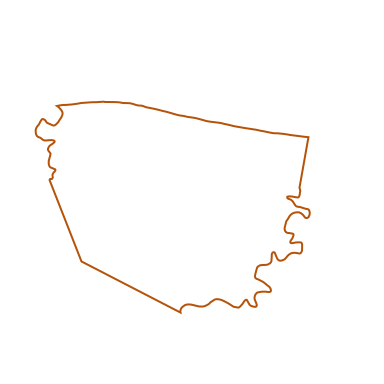 Santa Rosa de Aguan, Colón, Honduras (Mercator projection), rotated 338°
{"feature_id": "27666195B37116409669852", "entity_name": "Santa Rosa de Aguan", "entity_type": "district", "adm_level": 2, "iso_a3": "HND", "parent_name": "Honduras", "parent_adm1": "Colón", "projection": "mercator", "projection_center": [-85.679, 15.902], "detail": "fine", "context": "isolated", "style": "outline", "palette": "amber", "viewbox_px": 384, "rotation_deg": 338, "n_neighbors": 0, "source": "geoboundaries", "source_scale": "gbopen_adm2", "svg_char_len": 5932}
<svg xmlns="http://www.w3.org/2000/svg" viewBox="0 0 384 384"><g transform="rotate(338 192 192)"><path d="M136.2,299.5L136.4,298.5L136.9,297.5L137.6,296.6L138.5,295.8L139.6,295.2L141.1,294.7L142.8,294.3L143.9,294.3L144.9,294.4L146.1,294.7L147.0,295.1L148.9,296.0L149.4,296.3L155.0,300.3L155.7,300.8L156.7,301.3L157.7,301.7L158.8,302.1L159.7,302.4L160.6,302.5L161.6,302.6L162.5,302.5L163.8,302.4L164.9,302.3L166.0,302.0L166.7,301.7L167.6,301.3L168.0,301.1L170.1,300.8L172.1,300.3L172.7,300.3L173.4,300.3L174.0,300.4L174.7,300.6L175.4,300.9L176.4,301.4L178.0,302.4L178.6,302.9L180.7,305.0L182.3,306.9L183.7,308.5L187.6,314.0L190.1,315.6L191.6,316.5L191.9,316.6L192.3,316.6L193.4,316.3L194.4,315.9L196.9,314.7L199.6,312.8L200.6,312.4L201.3,312.2L201.7,312.2L202.0,312.3L202.3,312.6L202.5,313.2L202.9,316.5L203.1,317.8L203.3,318.4L203.6,319.0L204.0,319.5L204.5,320.1L205.2,320.6L206.0,321.3L207.5,322.1L208.0,322.3L208.4,322.3L208.9,322.1L209.2,321.8L209.6,321.3L209.8,320.7L209.9,319.3L209.9,315.5L210.0,314.5L210.4,313.3L211.0,312.4L211.8,311.4L212.6,310.7L213.5,310.2L214.5,309.8L215.1,309.7L216.7,310.0L219.0,310.5L221.0,311.2L222.5,311.8L223.0,312.0L225.3,313.4L226.3,313.7L227.1,313.8L227.6,313.7L228.0,313.4L228.3,312.9L228.4,312.5L228.5,312.0L228.6,310.8L228.4,309.6L228.3,309.2L228.1,308.8L226.9,306.8L225.2,303.6L224.0,301.7L223.2,300.8L220.5,297.7L219.2,296.5L218.8,295.9L218.6,295.2L218.6,294.8L218.7,294.3L218.9,293.6L219.2,293.0L220.8,290.7L223.0,287.8L224.1,286.5L224.6,286.1L225.3,285.9L226.0,285.7L227.0,285.5L227.9,285.5L228.3,285.6L229.4,285.9L232.8,287.1L234.5,287.6L235.3,287.6L236.6,287.5L237.3,287.3L238.2,287.1L238.7,286.8L239.1,286.5L239.5,286.1L239.9,285.5L241.8,281.6L242.5,279.9L243.0,279.2L243.3,278.9L244.0,278.5L244.5,278.4L245.0,278.3L245.3,278.5L245.6,278.7L245.9,279.1L246.0,279.6L246.0,280.1L246.0,282.4L246.0,284.7L246.1,285.7L246.3,286.6L246.6,287.3L246.9,287.9L247.4,288.3L248.0,288.7L248.9,289.0L249.9,289.2L251.5,289.2L252.3,289.1L253.1,288.9L254.0,288.5L254.8,288.1L256.0,287.4L258.0,286.5L259.8,286.1L260.9,286.0L261.6,286.0L262.4,286.2L263.5,286.5L264.4,286.8L266.1,287.7L267.9,288.9L268.8,289.4L269.2,289.4L269.6,289.4L270.0,289.3L270.5,289.0L271.1,288.5L271.6,288.1L272.1,287.5L272.4,286.9L273.5,284.3L274.5,281.8L274.6,281.2L274.6,280.5L274.4,280.0L274.0,279.6L273.5,279.3L272.5,278.8L269.5,277.7L267.2,277.3L265.5,276.9L264.9,276.6L264.5,276.3L264.4,276.1L264.3,275.8L264.3,275.4L264.5,275.0L264.8,274.6L265.6,273.9L266.3,273.4L267.4,272.8L268.2,272.0L269.3,270.9L269.9,270.2L270.1,269.7L270.2,269.1L270.1,268.7L269.8,268.4L267.0,266.6L265.4,265.8L265.0,265.5L264.5,264.9L264.1,264.4L264.0,263.9L263.8,263.4L263.7,262.8L263.8,262.3L263.8,261.7L264.2,260.5L264.6,259.8L266.1,257.7L268.3,254.7L268.7,254.3L269.0,254.1L270.3,253.3L272.8,251.4L274.1,250.5L274.6,250.3L275.5,250.0L276.4,249.7L277.3,249.6L278.1,249.5L278.9,249.5L280.0,249.7L281.0,250.0L281.9,250.2L282.8,250.6L283.6,251.0L284.1,251.4L284.6,252.0L285.0,252.4L286.0,254.1L286.4,255.0L286.8,256.4L287.2,257.7L287.4,258.3L287.6,258.5L288.2,258.9L288.8,259.1L289.2,259.2L289.7,259.2L290.2,259.0L290.9,258.7L291.4,258.2L292.0,257.7L292.5,257.0L293.0,256.3L293.2,255.9L293.6,254.6L293.7,253.8L293.7,253.1L293.6,252.2L293.5,251.9L293.3,251.6L292.9,251.3L291.3,250.3L286.4,246.3L284.5,245.3L283.9,244.8L283.3,244.2L283.1,243.8L282.8,243.0L282.4,241.4L282.0,239.0L281.9,238.5L281.6,237.8L281.1,236.7L280.5,235.9L279.9,235.3L279.0,234.6L278.5,234.0L278.3,233.6L278.2,233.3L278.2,233.0L278.2,232.7L278.5,232.3L278.7,232.1L278.9,232.1L279.6,232.2L280.6,232.5L283.3,233.8L286.2,235.7L287.3,236.3L288.1,236.7L288.6,236.8L289.0,236.7L289.5,236.4L290.1,235.8L291.2,234.3L292.0,232.7L292.6,231.9L292.8,231.6L293.1,229.9L293.2,228.4L320.5,184.8L315.8,182.3L305.1,176.3L301.5,174.1L298.6,172.4L294.1,170.0L292.3,169.2L290.3,168.4L288.9,167.6L285.3,165.3L281.3,162.6L278.1,160.6L274.6,158.2L264.8,152.4L261.9,150.6L256.4,147.2L254.7,146.0L249.5,142.3L246.9,140.6L245.4,139.4L244.3,138.7L242.4,137.6L235.0,133.5L232.7,132.1L231.8,131.5L229.3,129.5L222.9,124.7L215.4,120.3L213.0,118.5L210.3,117.0L207.6,115.3L204.8,113.1L198.3,108.0L195.1,105.8L191.5,103.1L188.1,100.7L184.0,98.0L181.2,96.2L180.8,95.9L179.4,94.5L178.0,93.3L177.3,92.9L175.5,92.1L173.6,91.0L172.9,90.5L171.4,89.2L169.7,87.8L168.5,87.0L167.6,86.4L164.8,85.1L162.4,84.1L161.0,83.4L158.1,81.6L156.3,80.7L152.2,78.9L145.6,76.2L144.9,75.9L144.2,75.3L143.7,75.1L137.0,72.9L134.2,71.8L131.7,70.9L123.0,68.1L121.3,67.7L118.8,67.2L113.3,65.8L107.3,63.9L105.9,63.3L105.1,63.0L101.4,62.1L99.1,61.7L99.8,62.8L100.1,63.4L100.7,64.8L101.4,66.8L101.6,67.9L101.7,68.9L101.7,69.7L101.5,70.5L101.2,71.1L100.8,71.8L100.2,72.5L99.5,73.2L98.3,74.2L96.6,75.3L94.0,77.2L93.1,77.6L91.5,78.3L90.5,78.6L89.8,78.7L89.2,78.7L88.8,78.6L88.4,78.4L87.8,78.0L87.3,77.5L83.7,73.7L83.5,73.4L83.2,72.7L82.9,71.1L82.6,70.1L82.0,69.4L81.4,68.8L80.9,68.4L80.5,68.3L80.0,68.5L79.0,69.0L77.4,70.2L76.3,71.2L75.6,71.9L73.1,73.2L72.5,73.6L71.6,74.4L70.8,75.2L70.2,76.1L69.9,77.0L69.3,78.7L69.1,79.8L69.1,80.9L69.2,81.6L69.4,82.4L69.7,82.9L70.1,83.5L71.3,84.5L71.9,85.2L72.4,86.1L73.0,87.3L73.8,88.3L74.6,89.0L75.3,89.3L76.8,89.8L79.8,90.7L81.3,91.3L82.3,91.8L82.9,92.3L83.5,93.0L83.6,93.3L83.6,93.6L83.5,93.8L83.3,94.1L83.0,94.3L82.5,94.5L81.1,95.0L78.4,95.5L77.6,95.8L76.8,96.1L76.3,96.5L75.3,97.3L74.8,97.8L74.5,98.2L74.4,98.5L74.3,98.9L74.3,99.7L74.5,100.5L75.0,102.3L75.2,103.3L75.1,103.6L74.9,104.1L74.3,104.9L72.0,107.9L71.1,109.1L70.7,109.8L70.2,111.0L69.7,112.2L69.6,112.9L69.5,114.1L69.5,114.6L69.6,115.2L69.7,115.7L70.0,116.2L70.4,116.6L71.4,117.5L72.7,118.9L73.6,119.7L73.7,120.0L73.6,120.3L73.4,120.8L72.8,121.3L72.2,121.7L71.2,122.0L69.7,123.1L69.3,123.5L69.1,123.8L68.9,124.2L68.7,125.1L68.5,126.1L68.1,126.6L67.5,127.1L67.2,127.3L66.9,127.4L66.6,127.3L65.9,127.0L65.4,126.9L65.2,126.9L65.0,127.0L64.7,127.2L64.5,127.4L64.4,127.7L63.5,215.0L136.2,299.5Z" fill="none" stroke="#b45309" stroke-width="2"/></g></svg>